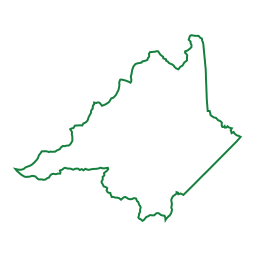 Afrânio, Pernambuco, Brazil
{"feature_id": "56859067B21944845436039", "entity_name": "Afrânio", "entity_type": "district", "adm_level": 2, "iso_a3": "BRA", "parent_name": "Brazil", "parent_adm1": "Pernambuco", "projection": "albers", "projection_center": [-41.058, -8.6], "detail": "fine", "context": "isolated", "style": "outline", "palette": "green", "viewbox_px": 256, "rotation_deg": 0, "n_neighbors": 0, "source": "geoboundaries", "source_scale": "gbopen_adm2", "svg_char_len": 3735}
<svg xmlns="http://www.w3.org/2000/svg" viewBox="0 0 256 256"><path d="M94.1,102.6L94.2,104.2L93.0,105.5L92.7,107.0L92.8,108.6L91.7,109.6L91.0,111.4L91.1,112.6L88.7,117.0L87.9,119.6L87.4,120.7L86.5,121.7L85.3,122.7L83.4,123.4L82.2,125.5L80.5,125.3L74.9,125.6L73.5,128.0L71.7,128.4L70.2,129.2L71.2,130.6L72.0,132.3L71.8,134.5L72.3,136.2L72.4,140.7L71.0,143.3L69.6,145.0L68.2,145.6L66.9,145.6L65.8,145.8L64.7,146.2L62.7,146.0L60.7,147.7L60.1,148.9L58.9,149.6L56.7,150.5L55.3,151.6L52.5,151.8L50.3,151.6L49.1,152.1L47.8,151.6L45.7,151.2L41.7,151.4L40.5,153.3L38.9,155.2L38.1,157.7L37.2,159.3L34.2,162.6L31.9,164.6L30.6,165.4L29.3,166.0L26.1,167.1L25.0,167.8L23.7,169.0L21.3,169.7L20.2,169.8L17.6,169.5L15.4,169.0L16.9,170.9L21.0,174.5L24.4,176.6L26.1,176.9L29.9,176.6L31.9,175.9L33.6,176.0L35.4,176.5L37.5,178.6L38.8,179.4L41.4,179.4L43.8,179.8L45.5,179.5L47.2,178.2L48.9,177.6L50.4,175.2L51.7,174.2L53.2,173.8L56.0,174.2L57.7,173.6L60.2,173.6L60.5,172.2L59.9,170.5L62.3,169.6L63.8,168.3L65.1,167.8L67.3,168.5L69.2,168.5L71.3,168.9L73.1,169.7L74.1,169.3L75.4,168.7L78.2,168.7L79.8,170.0L81.7,169.1L83.5,170.3L85.3,168.8L86.8,169.4L88.3,169.9L92.7,169.0L96.7,168.8L99.0,168.3L100.5,167.7L102.6,168.3L104.5,168.3L106.3,168.0L107.8,167.8L108.2,169.1L107.0,170.7L105.6,171.8L104.0,173.1L104.4,175.0L103.9,175.9L102.7,176.8L102.7,179.5L101.6,181.4L101.6,182.6L102.5,183.9L103.7,186.4L105.8,187.1L107.2,188.1L106.6,190.5L107.6,192.2L108.8,192.8L110.3,192.9L110.6,194.4L111.2,195.4L111.7,197.0L113.9,197.1L115.3,197.6L117.6,197.7L119.2,198.2L121.0,199.7L123.6,197.4L125.5,197.0L128.1,198.7L129.5,199.2L131.9,199.1L133.9,198.1L136.0,198.5L137.1,201.2L138.1,201.8L139.3,205.0L140.0,205.9L140.7,207.3L140.1,209.5L140.1,211.9L139.1,213.8L138.9,215.7L138.3,217.4L139.2,218.6L140.9,219.4L142.4,220.8L143.6,220.2L145.0,218.6L146.4,216.9L147.9,216.4L150.0,215.1L151.7,215.3L154.2,215.3L155.9,213.7L156.8,213.2L158.0,213.1L159.1,213.5L160.8,214.9L162.5,215.5L164.5,215.7L165.2,217.3L165.5,220.0L166.5,218.4L167.7,217.3L168.5,216.3L169.5,215.7L171.1,213.2L171.6,211.8L172.0,209.4L171.3,207.6L171.8,205.1L171.8,203.0L171.4,201.5L171.3,200.0L171.6,198.8L172.3,197.4L173.0,196.2L174.9,194.9L176.6,193.5L176.6,192.2L178.0,192.7L178.3,194.2L180.6,193.5L183.4,194.9L189.9,188.5L198.4,180.0L199.8,178.5L203.6,174.7L204.6,173.8L235.0,143.1L236.5,141.6L240.6,136.9L239.0,136.0L236.5,135.2L234.2,133.2L233.6,132.0L231.6,133.1L231.1,131.2L230.7,130.2L231.8,128.3L230.7,128.1L228.7,127.3L227.6,126.3L226.3,127.5L225.0,127.6L224.6,126.1L223.8,126.9L222.4,127.0L221.7,125.6L221.8,122.5L221.0,121.7L219.9,120.9L218.2,120.3L217.1,119.1L216.0,117.9L213.8,117.4L211.9,116.2L210.5,115.0L210.3,113.4L209.6,111.0L207.7,111.0L206.8,99.6L205.9,75.6L205.9,74.3L205.7,69.3L203.3,44.0L202.8,42.0L202.2,40.8L201.9,38.6L200.4,37.9L198.6,35.9L194.8,35.8L191.4,35.2L190.0,35.9L188.7,39.7L190.6,41.7L190.6,43.3L191.5,44.9L191.4,47.1L190.0,48.6L188.0,50.1L186.9,50.8L185.2,51.3L185.0,52.6L186.5,54.1L187.2,55.4L186.9,58.3L187.0,60.4L184.2,62.6L182.5,65.6L180.3,66.8L178.4,69.3L176.3,68.5L174.3,66.7L173.7,65.6L172.5,64.6L169.0,63.1L167.9,61.7L166.1,60.7L166.1,59.4L164.7,58.9L163.3,58.3L163.1,56.7L161.7,55.8L160.3,54.6L158.1,51.3L156.7,51.2L155.1,51.7L150.1,52.1L149.0,53.6L149.1,54.8L149.1,56.7L147.8,58.3L147.4,59.9L146.0,60.5L143.9,61.1L142.5,61.3L141.5,62.6L137.3,63.4L135.5,64.0L133.5,66.4L132.2,69.9L131.4,74.7L130.8,76.3L131.3,79.5L131.3,81.1L130.5,82.7L128.8,81.8L125.5,80.5L121.3,79.5L120.2,79.7L119.2,82.4L119.4,84.2L119.2,86.6L118.8,88.7L118.3,90.4L117.8,91.3L116.1,94.7L114.5,96.6L112.9,98.0L111.3,98.3L109.3,101.7L108.2,102.7L107.1,103.3L105.9,104.2L102.0,105.8L100.5,103.8L99.5,102.7L97.6,102.4L96.3,103.0L94.1,102.6Z" fill="none" stroke="#15803d" stroke-width="2"/></svg>